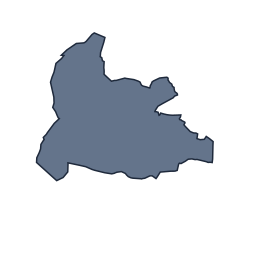 outline of Gwarzo, Kano, Nigeria, rotated 22°
{"feature_id": "59680162B96182902271382", "entity_name": "Gwarzo", "entity_type": "district", "adm_level": 2, "iso_a3": "NGA", "parent_name": "Nigeria", "parent_adm1": "Kano", "projection": "orthographic", "projection_center": [7.983, 11.901], "detail": "fine", "context": "isolated", "style": "filled", "palette": "slate", "viewbox_px": 256, "rotation_deg": 22, "n_neighbors": 0, "source": "geoboundaries", "source_scale": "gbopen_adm2", "svg_char_len": 2306}
<svg xmlns="http://www.w3.org/2000/svg" viewBox="0 0 256 256"><g transform="rotate(22 128 128)"><path d="M161.5,78.9L161.0,77.9L160.0,77.3L158.7,77.1L157.5,76.5L156.8,75.5L155.7,73.7L155.5,73.1L153.7,72.8L152.1,70.9L149.4,70.2L148.1,69.1L147.1,68.5L146.9,67.8L146.6,67.0L146.0,66.5L145.0,66.4L143.6,67.1L138.6,69.8L134.1,74.7L133.1,76.2L133.1,77.0L133.1,78.7L132.8,80.2L133.1,81.7L133.2,82.1L133.2,82.7L131.9,82.9L129.9,83.0L126.3,83.5L124.6,83.3L123.1,82.1L122.4,81.3L121.9,80.9L119.9,80.7L115.4,80.9L107.4,82.8L106.4,82.9L99.1,88.4L97.9,88.8L95.1,90.8L85.7,87.2L84.7,84.5L83.9,82.8L83.0,81.2L81.0,75.4L79.1,75.2L77.3,72.6L75.5,72.3L75.5,72.0L74.3,68.3L73.4,57.4L72.7,52.7L61.1,52.5L59.6,54.8L57.6,60.8L56.8,63.3L55.7,65.1L55.0,65.7L48.4,69.0L42.2,78.3L38.9,85.5L41.4,84.8L40.4,88.4L37.0,95.1L38.1,101.5L38.5,104.1L38.5,109.1L39.0,114.6L47.7,127.2L50.1,132.6L50.5,137.1L54.8,140.0L57.6,142.9L59.4,144.6L60.8,145.0L57.9,151.3L55.0,162.5L54.7,164.4L53.0,168.5L54.6,170.2L54.3,170.8L53.4,175.8L54.8,180.2L54.9,184.2L54.6,189.8L56.1,194.2L81.6,203.5L86.4,198.2L88.6,191.3L85.7,183.4L85.4,182.8L96.6,180.8L102.1,179.9L103.4,179.7L110.1,179.9L112.9,179.7L123.2,178.2L130.1,176.6L132.3,175.1L132.5,174.8L134.2,173.2L138.2,170.9L142.6,171.1L144.3,172.1L146.5,173.0L149.4,173.1L151.3,172.7L158.1,170.5L158.4,170.3L158.8,170.3L159.5,170.2L160.8,169.2L162.4,168.3L166.2,164.2L168.4,163.3L172.9,164.4L173.3,162.9L174.4,156.8L183.7,152.1L187.7,150.4L189.5,148.9L188.5,142.6L188.8,141.4L190.5,141.1L193.5,137.5L195.5,134.4L198.9,132.7L202.0,132.2L203.8,131.3L213.2,129.9L215.2,129.9L216.3,129.3L217.7,128.8L219.0,128.5L218.1,125.1L213.3,112.4L212.0,108.7L207.7,107.4L203.7,106.5L203.0,109.9L199.3,111.8L195.9,112.0L194.8,107.4L193.0,107.2L190.7,108.0L187.0,108.0L183.0,106.2L181.9,105.7L179.1,104.4L178.6,103.8L178.9,102.3L178.6,101.5L178.6,101.4L177.7,101.2L176.4,101.1L175.0,101.0L174.2,100.6L173.9,100.7L173.6,100.8L172.7,100.8L172.4,100.3L172.2,100.2L172.5,98.1L172.1,96.1L167.2,98.3L166.0,98.8L164.8,99.4L164.4,99.5L163.6,99.8L162.4,100.2L161.0,100.6L159.0,101.1L157.1,101.4L155.9,101.6L154.9,101.7L152.7,101.9L152.7,102.9L152.5,104.1L152.0,104.6L150.0,102.1L148.2,102.3L146.8,102.7L146.7,101.4L147.6,96.6L150.8,92.5L158.6,83.0L159.2,81.0L161.5,78.9Z" fill="#64748b" stroke="#1e293b" stroke-width="1.5"/></g></svg>